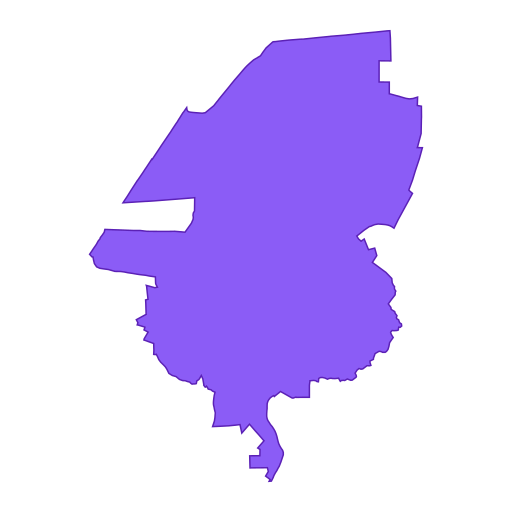 Oluta, Veracruz, Mexico (Natural Earth projection)
{"feature_id": "50627088B82247069447552", "entity_name": "Oluta", "entity_type": "district", "adm_level": 2, "iso_a3": "MEX", "parent_name": "Mexico", "parent_adm1": "Veracruz", "projection": "natural_earth1", "projection_center": [-94.896, 17.896], "detail": "fine", "context": "isolated", "style": "filled", "palette": "violet", "viewbox_px": 512, "rotation_deg": 0, "n_neighbors": 0, "source": "geoboundaries", "source_scale": "gbopen_adm2", "svg_char_len": 5566}
<svg xmlns="http://www.w3.org/2000/svg" viewBox="0 0 512 512"><path d="M151.8,159.1L146.2,167.6L145.3,168.9L142.5,173.2L142.0,173.9L138.1,179.6L137.1,180.9L136.6,181.7L135.3,183.7L131.1,190.2L128.6,194.2L126.9,196.9L124.6,200.3L123.0,202.8L132.5,202.2L145.3,201.4L147.6,201.3L153.9,200.9L174.6,199.3L182.3,198.7L194.7,197.7L194.6,204.6L194.5,211.0L193.3,213.0L193.0,215.2L193.3,217.3L193.1,219.3L191.7,222.5L191.4,223.2L185.0,232.2L181.0,231.8L180.8,231.8L174.8,231.3L168.8,231.4L168.0,231.4L164.2,231.4L158.9,231.4L147.0,231.3L144.4,231.0L140.3,230.5L135.4,230.5L133.8,230.5L118.2,229.9L114.9,229.8L104.9,229.4L104.2,232.3L102.2,235.2L100.4,237.5L100.2,238.0L100.0,238.8L98.2,241.0L96.4,244.3L92.4,250.1L92.2,250.5L89.6,254.3L92.0,256.9L93.0,257.0L93.3,258.7L93.5,259.9L94.4,263.6L96.1,266.1L96.7,266.9L98.5,267.7L99.9,268.3L104.5,269.0L108.3,269.5L115.0,271.4L120.7,271.5L124.4,272.0L127.7,272.7L132.5,273.4L136.5,274.1L139.7,274.6L142.3,274.9L145.0,275.2L146.3,275.4L149.2,276.0L155.4,276.9L155.6,283.2L155.8,284.1L157.4,287.2L154.8,287.7L149.4,286.2L146.3,285.4L146.5,286.0L146.7,286.8L146.7,287.2L147.3,293.1L148.0,299.3L145.6,299.9L145.8,303.3L146.1,314.0L146.2,314.3L136.3,319.7L137.9,322.7L137.2,324.9L138.3,325.1L144.9,327.1L144.9,327.4L144.0,329.9L148.1,332.1L144.2,338.7L143.9,340.0L153.7,343.5L153.8,347.9L153.9,349.9L153.7,354.4L155.3,354.6L156.3,354.3L157.5,356.6L158.8,359.6L160.8,362.3L163.6,365.0L165.3,366.8L166.1,368.0L166.9,369.3L168.9,373.4L172.3,375.5L176.1,376.6L179.4,379.4L182.7,380.6L185.2,380.7L187.3,381.5L189.8,382.1L190.6,383.1L192.0,384.1L193.7,383.9L195.0,383.9L196.3,383.6L196.8,380.9L198.7,379.7L199.5,378.7L201.3,375.5L202.8,378.8L203.8,384.6L203.7,385.1L204.9,386.9L205.6,387.1L206.1,386.6L206.5,386.2L207.6,387.8L208.2,389.1L211.1,389.8L212.5,391.1L215.0,392.2L214.2,395.5L213.8,398.4L213.5,401.0L213.4,403.0L213.5,404.9L213.8,406.1L214.0,406.9L214.5,409.6L215.3,412.8L215.1,415.2L214.9,417.8L214.4,421.0L212.6,426.6L219.4,426.3L228.8,425.8L235.8,425.1L240.0,424.6L241.8,433.1L246.2,428.0L249.5,424.2L255.2,430.8L258.7,434.7L262.5,439.1L264.0,440.8L257.7,448.0L259.4,449.1L260.0,449.4L259.9,455.7L249.7,455.8L250.0,467.6L250.0,467.9L256.9,467.8L260.0,467.8L267.4,467.7L268.3,471.5L265.6,476.1L270.1,479.5L269.1,481.3L271.4,481.1L273.2,477.5L273.9,475.6L275.4,472.8L276.9,470.5L278.0,468.3L279.2,466.3L280.9,462.0L282.1,458.4L283.3,454.8L283.3,452.4L282.6,450.3L281.2,448.3L280.0,446.3L278.8,443.8L278.2,441.9L277.5,439.1L276.9,436.5L276.1,433.9L275.0,431.2L273.7,428.9L272.2,426.6L270.5,424.6L269.3,422.7L267.8,420.4L267.1,418.5L266.7,416.4L266.7,413.5L266.9,410.5L267.1,408.7L267.1,406.0L267.2,403.6L267.8,401.5L268.7,399.8L270.4,397.7L272.5,396.2L273.8,395.6L274.3,396.5L280.5,391.5L291.9,397.9L293.0,398.1L296.0,397.1L296.3,397.4L302.7,397.3L309.4,397.3L309.4,391.9L309.4,391.2L309.4,387.0L309.4,385.2L309.9,381.4L309.9,380.8L313.5,380.4L315.7,380.7L317.0,381.6L318.4,381.8L318.6,380.1L318.7,378.5L319.6,377.9L320.8,377.5L322.6,377.5L324.8,378.0L327.5,379.2L329.0,378.5L331.0,378.2L332.3,378.5L335.0,378.6L338.6,378.2L339.3,379.6L340.3,381.3L341.4,380.5L343.3,380.3L343.5,380.3L344.7,380.5L345.6,380.0L347.3,379.0L350.8,380.3L352.3,380.1L356.0,377.3L356.4,376.6L356.2,375.3L355.1,373.1L357.0,370.2L359.0,368.5L361.0,369.2L362.8,368.9L367.0,365.7L369.6,365.8L370.9,365.4L370.0,362.5L370.0,361.0L373.4,359.4L373.5,358.0L374.0,356.7L375.1,353.6L377.3,352.3L379.1,351.3L381.2,351.6L382.5,352.3L385.2,352.3L386.5,351.4L388.0,349.4L388.9,346.4L389.6,342.7L391.2,340.3L393.2,337.5L391.8,335.3L390.6,332.7L390.9,331.8L392.1,330.5L394.0,330.7L397.0,330.5L398.3,330.0L398.4,329.0L398.7,327.2L400.2,327.3L401.7,326.0L401.4,323.9L399.6,322.7L399.0,321.0L398.6,319.8L396.7,318.7L396.4,317.3L397.0,315.7L396.0,314.4L395.2,313.3L394.7,311.6L391.2,309.4L390.9,307.4L388.3,303.9L390.4,301.0L391.8,299.1L395.1,294.9L395.3,292.1L395.8,291.1L395.2,290.2L394.6,289.3L394.4,288.1L394.5,286.4L393.5,285.5L392.2,282.8L391.8,278.5L385.9,272.4L372.9,262.8L372.4,262.4L376.8,255.6L376.6,254.9L374.7,248.1L368.5,249.7L364.2,239.0L361.1,241.2L358.5,238.9L357.6,237.4L357.4,237.1L356.8,236.0L357.1,235.8L364.1,230.2L369.3,226.6L371.0,226.2L372.9,225.3L374.8,224.6L378.1,224.0L382.1,224.3L385.5,224.6L388.0,225.1L390.1,225.8L391.9,226.8L394.0,228.2L398.2,219.6L407.0,203.5L412.5,193.4L411.5,192.5L410.2,191.5L408.8,190.0L412.5,180.1L415.3,170.9L419.5,158.3L422.4,147.7L417.3,147.6L417.7,146.4L421.1,133.6L421.2,129.2L421.4,119.2L421.5,117.1L421.4,106.2L417.3,105.5L417.6,97.1L413.0,98.5L409.4,98.9L406.2,98.4L405.0,98.1L400.2,96.7L390.4,94.0L389.3,93.8L389.3,82.1L379.1,82.0L379.1,60.8L390.9,60.9L390.4,38.2L389.9,30.7L386.9,30.9L380.1,31.6L375.4,32.1L370.8,32.5L364.2,33.1L359.8,33.5L359.4,33.6L356.4,33.9L354.0,34.2L350.0,34.6L346.9,34.9L346.6,35.0L345.1,35.1L344.1,35.2L330.3,36.3L329.9,36.4L326.8,36.7L315.7,37.8L304.3,39.0L304.0,39.1L300.2,39.2L289.9,40.0L286.8,40.3L280.2,41.0L276.1,41.5L275.3,41.6L274.9,41.6L274.0,41.7L273.6,41.7L272.8,41.9L268.1,46.1L266.1,47.9L263.0,52.1L260.5,55.8L253.6,59.9L249.8,63.2L248.6,64.3L246.8,66.0L244.9,68.0L242.9,70.3L239.0,74.9L234.5,80.1L233.6,81.2L230.8,84.6L229.9,85.8L219.3,98.7L217.8,100.7L216.7,102.0L213.8,105.7L205.3,112.7L202.2,113.2L194.7,112.6L192.4,112.4L190.7,112.2L189.0,111.9L188.2,111.5L187.4,110.7L186.9,109.5L186.8,108.3L186.7,107.6L185.4,109.4L183.7,111.9L182.9,112.8L181.2,115.5L179.3,118.6L178.9,119.1L177.5,121.5L177.2,122.0L175.9,123.8L171.5,130.5L170.8,131.7L169.4,133.7L161.1,145.9L160.4,147.0L152.5,158.9L152.1,159.4L151.8,159.1Z" fill="#8b5cf6" stroke="#5b21b6" stroke-width="1.5"/></svg>